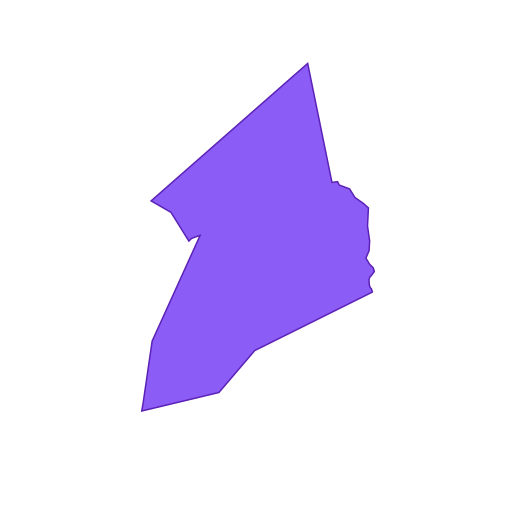 Morne Jacques, Choiseul, Saint Lucia (Natural Earth projection), rotated 31°
{"feature_id": "8701671B73612450286207", "entity_name": "Morne Jacques", "entity_type": "district", "adm_level": 2, "iso_a3": "LCA", "parent_name": "Saint Lucia", "parent_adm1": "Choiseul", "projection": "natural_earth1", "projection_center": [-61.029, 13.811], "detail": "fine", "context": "isolated", "style": "filled", "palette": "violet", "viewbox_px": 512, "rotation_deg": 31, "n_neighbors": 0, "source": "geoboundaries", "source_scale": "gbopen_adm2", "svg_char_len": 1009}
<svg xmlns="http://www.w3.org/2000/svg" viewBox="0 0 512 512"><g transform="rotate(31 256 256)"><path d="M364.3,207.3L362.6,205.8L357.5,204.5L351.3,201.2L350.2,193.2L345.7,184.6L336.1,172.8L327.6,156.9L320.9,155.6L310.7,154.9L301.7,150.3L290.9,152.3L287.6,150.3L283.2,153.8L201.1,64.3L137.7,262.8L153.3,262.5L160.7,262.4L190.8,277.8L191.4,275.3L191.8,274.1L194.4,270.7L197.5,267.1L210.8,382.4L235.4,441.2L236.9,445.2L237.9,447.7L294.5,392.1L303.6,337.7L374.3,227.0L374.0,226.6L373.7,226.3L373.4,226.1L373.1,225.8L372.9,225.6L372.5,225.3L372.2,225.0L371.9,224.8L371.5,224.7L371.2,224.6L370.8,224.4L370.4,224.2L370.1,224.1L369.7,223.9L369.3,223.6L368.8,223.2L368.5,222.8L368.2,222.5L368.0,222.3L367.7,221.9L367.3,221.5L367.1,221.1L366.9,220.7L366.6,220.4L366.4,220.0L366.1,219.6L365.8,219.3L365.7,219.0L365.5,218.7L365.2,218.3L365.0,217.9L364.9,217.4L364.8,217.0L364.7,216.6L364.6,216.1L364.5,215.7L364.4,215.1L364.9,213.7L365.4,208.4L364.3,207.3Z" fill="#8b5cf6" stroke="#5b21b6" stroke-width="1.5"/></g></svg>